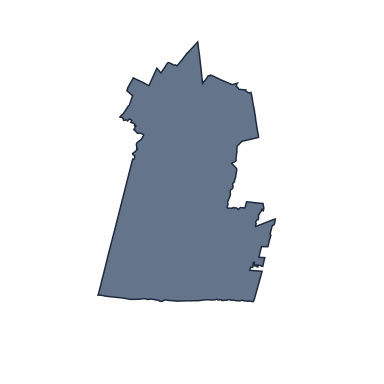 Hoa Binh, Bạc Liêu, Vietnam (Natural Earth projection), rotated 28°
{"feature_id": "81297802B62740202990840", "entity_name": "Hoa Binh", "entity_type": "district", "adm_level": 2, "iso_a3": "VNM", "parent_name": "Vietnam", "parent_adm1": "Bạc Liêu", "projection": "natural_earth1", "projection_center": [105.623, 9.258], "detail": "fine", "context": "isolated", "style": "filled", "palette": "slate", "viewbox_px": 384, "rotation_deg": 28, "n_neighbors": 0, "source": "geoboundaries", "source_scale": "gbopen_adm2", "svg_char_len": 5886}
<svg xmlns="http://www.w3.org/2000/svg" viewBox="0 0 384 384"><g transform="rotate(28 192 192)"><path d="M260.0,168.8L259.5,169.1L244.8,175.0L246.2,181.2L244.0,182.2L242.2,182.9L241.9,183.2L241.0,185.7L239.1,185.2L238.4,185.3L237.9,185.5L237.0,186.2L236.5,186.3L236.0,186.1L235.9,186.2L235.2,187.2L235.0,187.5L234.5,187.8L231.1,189.4L230.6,189.5L230.4,189.3L229.9,188.1L229.7,186.3L229.3,185.5L228.8,185.2L228.4,184.7L228.2,184.2L228.1,183.5L228.0,182.1L227.8,181.4L227.8,179.7L227.5,178.8L227.5,177.8L227.4,177.4L227.1,176.8L226.9,175.7L226.7,175.4L226.6,175.2L225.9,174.6L225.7,174.4L225.3,173.1L225.1,172.4L225.2,172.1L225.5,171.4L225.9,170.8L226.1,170.3L226.1,169.9L225.9,169.1L225.9,168.6L225.9,168.2L225.7,167.8L224.5,166.6L224.3,166.2L224.1,165.8L224.1,164.9L224.2,164.6L224.5,164.2L224.6,162.4L224.0,161.8L223.9,161.3L223.9,160.5L223.6,158.7L223.1,157.1L222.4,155.4L221.4,152.0L220.8,150.9L220.5,150.5L219.0,149.9L213.6,148.1L214.0,147.5L214.4,146.7L215.2,145.8L215.5,145.1L216.0,144.5L216.1,144.0L216.2,143.6L215.8,142.8L215.0,141.7L214.8,141.3L214.6,140.1L214.4,139.5L213.6,138.0L213.3,137.3L213.2,136.3L211.9,133.9L211.4,132.7L210.6,131.4L210.4,130.6L210.5,129.6L211.0,128.3L212.2,123.9L224.3,113.3L225.1,112.5L222.9,109.4L220.4,106.4L217.7,102.7L214.9,99.1L212.2,95.2L211.5,94.3L211.0,93.8L208.6,90.4L203.5,84.2L201.2,81.0L199.9,79.4L198.4,77.6L197.4,76.5L197.3,76.8L196.9,77.1L196.3,77.5L195.6,77.7L194.3,77.8L193.4,77.8L192.8,77.7L192.4,77.5L192.1,77.2L191.7,76.6L191.2,76.7L189.6,77.6L188.2,78.0L187.5,78.4L186.5,78.7L185.4,79.2L185.2,79.4L184.0,78.6L183.0,78.1L182.5,78.0L181.5,78.1L181.4,77.8L181.4,77.2L181.3,76.9L180.9,75.9L180.8,75.5L180.9,74.7L178.7,76.8L176.9,78.4L167.9,79.1L165.0,79.4L162.1,79.5L156.7,79.7L154.2,79.9L153.5,80.0L153.3,80.3L153.5,80.7L153.5,80.8L153.5,81.0L153.3,81.2L152.3,81.5L152.0,81.6L151.7,81.9L151.6,82.2L151.6,82.7L151.7,83.5L151.7,83.9L151.3,85.9L151.3,86.6L150.9,88.1L150.7,88.3L150.7,88.9L150.4,91.2L148.4,88.2L147.6,87.1L142.6,79.7L140.0,75.9L133.2,66.0L131.9,64.4L126.6,56.8L123.4,69.1L122.6,71.5L122.5,72.0L122.3,72.3L122.3,72.7L122.1,74.5L121.5,77.8L121.4,78.8L120.3,84.2L119.7,87.4L119.5,87.7L118.6,87.5L118.1,87.5L117.9,87.5L117.5,87.7L116.6,88.4L116.0,88.6L115.5,88.6L114.7,88.4L112.5,88.6L111.6,88.5L111.3,88.5L110.3,88.9L109.9,89.5L109.8,89.9L109.3,96.0L109.1,97.2L108.9,100.0L108.7,101.5L107.4,101.0L102.9,99.2L103.8,114.5L104.2,118.2L102.0,118.3L96.8,118.3L91.6,118.6L86.6,118.8L86.6,120.9L86.4,125.2L86.4,130.3L86.5,131.2L86.8,131.4L86.9,133.2L89.9,133.8L92.2,134.5L94.3,134.8L95.6,142.8L95.9,144.3L95.9,144.7L95.6,145.7L95.4,146.0L95.2,148.4L94.6,154.9L93.9,156.8L93.1,159.6L93.5,159.6L95.2,159.1L96.0,159.1L96.5,159.4L97.5,160.5L97.8,160.7L98.2,160.7L98.5,160.6L99.3,159.8L100.4,159.2L100.8,159.1L101.8,159.4L102.0,158.2L102.3,157.9L102.4,156.8L103.1,156.8L105.1,156.9L105.3,157.0L105.3,157.5L105.3,159.2L107.4,158.9L108.2,158.7L108.5,158.7L109.5,159.1L109.8,159.1L109.9,159.3L110.0,160.4L110.1,160.5L110.4,160.5L110.6,160.3L110.7,160.0L110.8,160.0L111.3,160.0L111.5,160.4L111.5,162.3L111.3,164.2L113.3,164.7L115.7,165.6L116.2,165.7L116.6,165.7L117.0,165.6L117.7,164.9L118.3,164.6L119.0,164.2L119.6,164.1L120.2,164.0L120.7,164.1L121.8,164.1L122.2,164.1L122.5,164.3L122.6,164.9L122.7,166.1L122.6,167.1L122.5,168.8L122.4,169.4L122.0,170.5L120.4,174.1L120.3,174.8L120.3,175.1L120.4,175.7L120.8,176.5L121.2,177.1L122.2,178.4L122.4,178.7L122.7,179.7L122.9,179.8L123.0,179.9L123.5,179.7L123.8,179.7L123.8,179.9L123.4,180.9L123.2,182.0L123.1,182.4L122.4,184.0L121.6,185.5L121.5,185.8L121.7,186.3L122.1,186.6L123.9,186.9L124.4,187.2L125.0,187.9L125.2,188.5L125.3,190.5L124.2,190.8L124.5,192.3L139.6,253.8L147.7,287.5L152.1,304.9L153.8,312.1L154.9,316.2L156.1,321.1L157.5,327.2L158.0,326.8L160.8,325.6L164.7,324.5L167.6,323.4L170.7,322.1L176.0,320.0L179.7,318.4L188.1,315.7L191.4,313.9L196.2,311.2L198.8,309.3L200.9,308.2L202.1,307.9L203.2,307.8L204.1,307.2L206.1,305.7L208.8,304.8L212.9,303.5L214.0,303.5L214.8,303.5L215.9,303.2L217.2,302.3L217.9,301.0L218.5,300.2L219.6,299.6L222.6,298.6L227.0,296.6L229.6,295.6L238.9,290.3L248.6,285.0L254.2,281.1L256.2,279.8L259.5,278.4L261.0,277.5L262.0,277.1L262.9,276.4L263.9,275.1L264.4,275.0L264.9,275.2L265.6,275.2L267.9,273.6L268.3,273.4L268.6,273.5L269.0,273.8L269.4,273.8L269.9,273.5L272.1,271.9L273.8,271.0L274.2,270.5L274.6,270.0L275.1,269.7L276.2,269.3L277.0,269.3L278.0,268.9L278.8,268.2L282.2,267.2L285.4,265.6L287.0,264.1L287.8,263.8L288.5,263.8L289.3,263.5L293.0,262.0L294.7,260.9L295.6,260.7L296.3,260.7L297.6,259.9L297.5,259.2L297.4,257.7L297.3,257.1L296.3,252.6L292.9,237.1L291.1,229.1L279.8,234.0L279.0,231.0L280.8,230.2L281.0,229.9L279.3,225.9L279.2,225.5L279.3,225.3L279.8,224.9L280.1,224.8L281.3,227.2L281.6,227.5L281.9,227.8L282.2,227.9L282.5,227.8L282.6,227.6L282.6,226.5L282.8,226.1L283.5,226.0L283.8,226.1L284.1,226.4L284.4,227.5L284.6,227.5L285.1,227.4L285.3,227.3L285.3,227.2L285.0,225.8L284.9,225.5L288.0,224.5L288.3,224.5L288.4,224.8L289.4,224.4L288.4,220.9L287.1,215.8L281.7,218.2L280.5,213.7L279.0,207.6L284.7,204.7L282.9,197.7L282.2,194.5L281.9,193.1L280.9,193.0L280.8,192.8L278.9,185.5L279.0,185.0L279.0,184.7L278.9,184.2L278.9,183.8L278.9,183.6L279.5,183.0L279.8,182.1L279.8,181.6L278.9,178.7L278.2,176.8L275.6,179.5L273.6,181.8L270.5,185.5L264.4,192.6L263.9,192.2L263.9,191.5L263.8,191.2L263.6,190.6L263.5,189.8L263.3,189.5L262.6,189.2L262.3,188.8L262.2,188.2L262.4,187.4L262.3,186.7L262.3,186.3L262.6,186.0L263.2,185.7L263.3,185.5L263.4,185.0L263.2,184.3L262.7,183.5L262.7,183.1L262.1,182.5L262.0,182.1L261.8,181.5L261.4,180.9L261.8,180.4L261.7,179.5L261.9,179.0L261.7,178.4L261.9,177.8L262.1,176.5L262.1,176.1L261.8,175.1L261.8,174.6L262.1,174.3L262.4,174.2L262.6,174.3L263.0,175.0L263.6,175.3L263.8,175.2L263.5,174.2L263.1,172.8L263.0,172.5L262.6,171.9L261.4,170.6L260.3,169.0L260.0,168.8Z" fill="#64748b" stroke="#1e293b" stroke-width="1.5"/></g></svg>